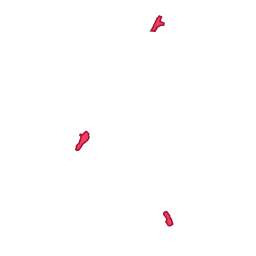 outline of Mu'omu'a, Tonga, rotated 79°
{"feature_id": "48082658B47092597141072", "entity_name": "Mu'omu'a", "entity_type": "district", "adm_level": 2, "iso_a3": "TON", "parent_name": "Tonga", "parent_adm1": "", "projection": "natural_earth1", "projection_center": [-174.718, -20.295], "detail": "fine", "context": "isolated", "style": "filled", "palette": "rose", "viewbox_px": 256, "rotation_deg": 79, "n_neighbors": 0, "source": "geoboundaries", "source_scale": "gbopen_adm2", "svg_char_len": 1626}
<svg xmlns="http://www.w3.org/2000/svg" viewBox="0 0 256 256"><g transform="rotate(79 128 128)"><path d="M130.6,168.5L130.5,168.4L129.4,168.0L128.0,168.2L126.8,168.0L126.1,167.7L125.2,168.4L123.8,169.2L123.4,169.8L123.7,170.6L124.3,171.5L124.7,172.3L125.0,172.6L125.5,173.1L125.9,173.7L126.0,174.5L125.3,175.0L125.1,175.7L125.1,176.1L125.8,176.6L126.3,176.4L126.2,176.0L127.3,175.8L128.5,175.9L129.2,176.5L130.3,176.8L130.8,177.5L131.2,177.8L132.0,178.0L133.1,178.6L134.1,179.6L134.8,180.8L135.3,181.6L136.2,182.2L137.6,182.4L138.0,182.8L138.5,183.0L139.4,183.3L139.8,183.0L140.1,182.7L140.2,182.0L140.0,181.9L140.2,181.2L140.1,180.4L139.8,180.1L138.7,178.8L136.9,177.0L136.5,176.5L135.9,176.5L135.5,176.0L134.0,173.2L132.9,171.2L132.1,170.0L131.1,168.9L130.6,168.5ZM34.6,79.8L34.5,79.2L33.9,78.1L33.6,76.7L33.4,76.2L33.7,74.4L33.9,73.5L33.2,73.0L32.7,72.7L31.9,72.7L31.1,73.9L29.3,76.4L27.3,75.0L26.8,74.7L25.4,73.9L24.8,74.8L24.0,75.9L25.4,77.6L25.8,78.4L26.4,78.8L26.8,79.3L28.2,80.0L28.9,80.7L29.9,81.2L31.1,82.2L32.1,83.1L34.6,84.7L35.1,85.4L36.1,86.0L37.0,87.0L37.3,85.9L37.9,83.9L38.2,83.0L37.5,82.5L37.2,82.8L36.5,81.9L36.4,81.1L36.1,80.8L35.1,81.0L34.7,80.6L34.6,79.8ZM225.0,103.6L223.8,103.9L222.5,103.9L221.4,104.0L219.9,105.1L218.7,105.2L217.4,106.2L217.3,107.1L217.7,108.1L218.4,109.2L219.8,109.3L221.1,108.7L223.4,107.4L225.8,107.5L226.0,107.6L227.4,108.7L229.5,107.8L231.3,107.1L232.0,106.1L231.8,105.0L231.6,104.1L231.2,103.6L231.4,103.3L231.1,102.8L230.7,102.3L229.8,102.7L228.8,102.7L227.9,102.6L226.6,103.0L225.5,102.9L225.1,103.6L225.0,103.6Z" fill="#f43f5e" stroke="#9f1239" stroke-width="1.5"/></g></svg>